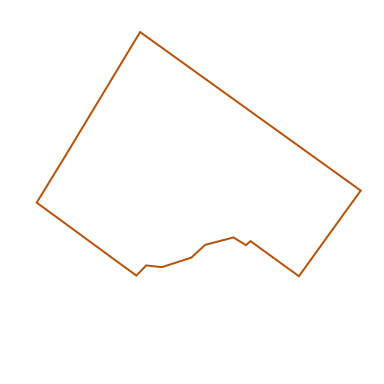 the district of Covington, Mississippi, United States of America, rotated 306°
{"feature_id": "52423323B85290148440084", "entity_name": "Covington", "entity_type": "district", "adm_level": 2, "iso_a3": "USA", "parent_name": "United States of America", "parent_adm1": "Mississippi", "projection": "equal_earth", "projection_center": [-89.603, 31.615], "detail": "fine", "context": "isolated", "style": "outline", "palette": "amber", "viewbox_px": 384, "rotation_deg": 306, "n_neighbors": 0, "source": "geoboundaries", "source_scale": "gbopen_adm2", "svg_char_len": 375}
<svg xmlns="http://www.w3.org/2000/svg" viewBox="0 0 384 384"><g transform="rotate(306 192 192)"><path d="M292.3,327.7L290.9,56.0L149.4,68.1L92.1,72.6L92.0,107.3L91.7,171.9L91.7,196.1L105.7,198.1L113.4,211.7L138.5,230.0L157.0,233.7L179.6,252.3L180.7,266.9L186.6,268.2L186.7,328.0L262.8,327.7L289.7,327.7L292.3,327.7Z" fill="none" stroke="#b45309" stroke-width="2"/></g></svg>